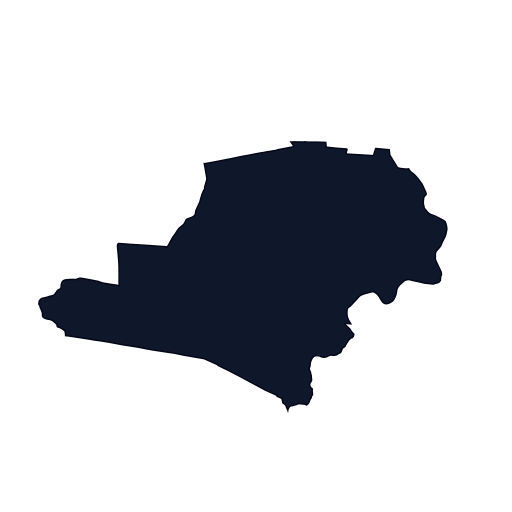 Ghimpeteni, Olt, Romania (Robinson projection), rotated 205°
{"feature_id": "2599482B72624598391885", "entity_name": "Ghimpeteni", "entity_type": "district", "adm_level": 2, "iso_a3": "ROU", "parent_name": "Romania", "parent_adm1": "Olt", "projection": "robinson", "projection_center": [24.795, 44.293], "detail": "fine", "context": "isolated", "style": "filled", "palette": "ink", "viewbox_px": 512, "rotation_deg": 205, "n_neighbors": 0, "source": "geoboundaries", "source_scale": "gbopen_adm2", "svg_char_len": 6126}
<svg xmlns="http://www.w3.org/2000/svg" viewBox="0 0 512 512"><g transform="rotate(205 256 256)"><path d="M341.9,317.9L334.2,306.9L333.2,305.5L333.1,304.9L332.8,304.2L332.2,300.2L331.6,296.6L330.9,295.4L331.1,293.1L331.0,289.2L330.4,285.0L329.7,281.1L329.7,277.0L329.7,272.1L329.3,270.3L328.7,268.6L328.7,267.5L329.3,265.5L330.2,264.3L333.4,261.0L334.3,260.0L334.6,259.0L334.7,255.2L334.9,254.2L335.6,252.5L337.4,248.8L338.0,246.1L338.4,242.8L339.4,237.5L340.1,226.9L362.5,218.3L373.6,213.9L385.8,209.3L386.2,208.6L386.1,207.4L385.9,206.8L385.5,205.9L381.3,198.8L377.4,191.9L375.8,188.8L372.4,181.7L367.5,171.1L370.2,170.6L374.7,169.2L382.9,166.9L383.9,166.7L387.2,166.3L388.9,166.2L390.0,165.8L395.1,164.6L404.5,162.1L406.3,161.4L407.3,160.6L409.0,158.8L409.6,158.4L412.3,157.3L415.9,155.4L418.8,153.7L420.1,152.3L420.5,151.3L420.8,149.9L420.3,147.4L419.6,145.9L419.4,144.9L419.3,144.1L419.4,143.5L420.1,142.8L420.6,142.1L421.0,141.5L421.3,140.8L421.7,138.8L422.1,136.6L422.2,136.0L422.6,135.2L423.0,134.7L423.8,133.9L426.2,132.0L427.4,130.8L429.6,129.0L430.7,128.2L431.5,127.6L432.2,127.0L432.7,126.2L433.4,124.0L433.4,123.6L433.2,122.8L433.0,122.3L432.6,120.9L432.3,120.5L431.8,120.1L431.1,119.7L430.2,118.9L429.9,118.3L429.3,117.7L428.1,116.8L427.0,115.8L425.7,114.4L424.8,113.0L424.5,112.2L424.2,111.5L423.5,110.9L422.5,110.5L420.5,110.4L419.2,110.6L418.8,110.6L416.5,111.3L414.9,111.5L413.3,111.6L411.6,111.2L409.2,110.5L408.1,110.0L407.5,109.6L407.0,109.3L406.7,108.7L406.4,108.3L406.3,108.1L406.0,108.0L405.6,108.0L405.2,108.0L403.9,108.3L401.5,108.2L400.6,108.1L400.1,107.9L397.7,107.5L397.4,107.2L396.9,106.7L395.6,104.7L394.9,103.4L391.6,104.5L387.6,105.7L370.4,110.7L366.9,111.6L360.5,113.6L353.1,115.7L340.2,119.0L327.0,122.8L323.1,123.9L316.0,125.6L309.3,127.4L299.5,130.3L293.0,132.2L291.7,132.6L288.4,133.6L284.4,134.5L278.5,135.9L273.5,137.3L267.2,139.0L261.8,140.5L259.2,141.1L258.0,141.1L244.0,141.3L244.0,140.8L237.8,140.7L235.5,140.7L227.1,140.4L220.2,140.1L213.4,139.7L205.8,139.3L190.3,138.4L178.1,138.6L177.7,137.8L172.5,137.9L172.3,137.7L172.0,137.4L171.7,137.0L171.3,136.6L169.4,134.2L168.6,134.0L168.0,134.0L167.3,133.9L166.0,133.3L165.5,132.9L162.9,130.4L162.2,129.9L162.0,129.7L162.1,130.1L162.2,130.3L162.3,130.6L162.2,131.8L162.1,132.8L162.0,133.5L161.8,134.0L161.5,134.5L160.6,135.3L159.7,135.8L159.4,136.0L158.8,136.8L158.4,137.0L157.8,137.5L156.6,138.5L156.0,139.3L155.4,139.9L154.7,140.3L153.9,140.7L153.1,141.0L151.8,141.4L150.7,141.8L150.3,142.0L149.5,142.3L148.9,142.4L147.8,142.4L147.3,142.3L147.0,142.7L146.5,143.8L146.3,144.4L146.2,145.9L146.4,148.7L146.1,151.1L146.2,151.5L146.4,151.9L146.5,152.6L146.4,153.1L146.2,153.8L146.2,154.2L146.4,154.6L146.7,155.2L147.3,156.1L148.2,157.6L148.4,158.5L148.5,158.9L148.7,159.1L149.2,159.4L150.4,159.7L150.8,159.8L152.1,160.7L152.4,161.1L152.7,161.4L153.2,162.5L153.3,162.8L153.3,163.2L153.3,163.8L153.3,164.2L153.2,164.5L153.1,165.4L153.1,166.1L153.2,166.9L153.4,167.5L153.7,168.0L154.2,168.6L155.1,170.4L155.6,171.2L156.5,172.2L156.8,172.6L157.4,173.5L157.8,173.9L158.3,174.4L158.8,174.7L159.7,175.6L160.0,175.9L160.3,176.5L160.4,176.8L160.4,177.2L160.5,178.4L160.6,179.0L160.8,179.9L161.0,180.3L161.6,182.0L161.7,182.6L161.9,183.4L162.0,184.0L161.9,185.6L162.0,186.6L161.9,187.2L161.4,188.9L161.3,189.4L161.0,189.7L160.3,190.5L159.3,191.1L158.4,191.6L156.3,192.2L155.5,192.3L154.3,192.3L153.6,192.4L151.7,192.9L151.0,193.3L150.4,193.8L149.9,194.2L149.6,194.3L148.8,195.5L148.2,196.1L146.8,197.5L146.3,197.9L145.9,198.0L145.6,198.2L145.1,198.3L143.9,198.7L142.9,199.2L142.6,199.4L141.9,200.0L141.4,200.4L141.2,200.6L140.6,201.7L140.1,202.4L138.9,203.7L138.8,203.9L138.7,204.4L138.5,205.0L138.6,206.9L138.7,208.6L138.5,209.3L138.3,209.8L137.7,210.7L137.7,210.9L137.6,211.1L137.5,211.4L137.3,211.5L137.2,211.7L137.2,212.0L137.2,212.7L137.1,214.1L137.1,214.9L137.0,215.4L136.8,216.5L136.8,216.9L136.7,217.5L136.8,218.0L136.7,218.5L136.6,218.8L136.1,220.1L135.9,220.6L135.5,221.5L135.1,222.1L134.5,222.5L134.3,222.8L134.3,223.0L134.1,223.5L134.0,223.8L133.9,224.3L134.1,226.0L134.5,226.5L134.8,226.7L135.5,226.9L136.0,227.2L136.3,227.3L137.3,227.7L137.8,228.0L138.6,228.5L139.1,228.9L140.4,229.6L141.3,229.9L142.8,230.4L143.6,230.7L144.1,230.8L145.1,231.1L146.1,231.6L147.0,232.0L147.3,232.4L141.5,234.6L141.8,234.8L145.2,237.1L147.8,239.7L149.4,242.5L150.5,245.1L150.9,247.1L150.6,248.4L149.5,250.3L146.6,259.1L145.2,263.6L144.2,265.1L141.8,267.6L138.9,270.0L136.1,272.4L134.6,273.3L132.7,273.3L130.2,272.7L127.3,271.4L125.2,269.9L121.8,267.8L120.2,267.4L118.5,267.5L116.8,268.4L115.2,269.9L113.2,273.0L112.7,275.5L112.7,278.1L112.9,280.3L113.6,283.0L114.3,285.6L114.3,288.0L113.6,290.6L112.7,292.8L111.6,295.4L110.6,297.0L109.3,298.2L107.3,299.4L103.9,300.0L98.3,301.3L91.3,302.8L86.8,304.4L83.5,305.5L81.9,307.0L80.2,308.4L79.0,309.9L78.6,311.8L79.4,314.0L80.0,315.4L79.9,316.9L80.3,318.2L81.4,319.7L83.6,321.6L88.4,325.5L90.8,327.6L92.3,329.2L93.1,331.2L94.0,333.0L94.6,334.5L94.7,336.6L93.5,340.6L92.9,342.8L92.9,345.1L93.1,347.0L93.0,349.2L92.9,353.9L93.2,356.3L94.3,360.8L95.3,362.6L96.4,364.2L97.9,365.9L99.0,367.0L101.0,367.5L109.5,367.9L113.3,367.7L115.2,367.5L117.2,367.7L119.7,368.5L121.2,369.3L122.8,370.0L124.0,370.7L124.7,371.9L126.0,373.4L126.8,374.8L127.7,376.8L128.6,379.7L128.6,381.3L128.1,382.5L127.8,383.7L128.3,384.6L129.5,385.9L136.0,391.4L139.4,393.2L142.2,394.7L146.1,396.4L148.5,397.1L151.0,397.6L153.0,398.5L154.5,399.5L156.5,398.3L161.3,396.6L162.8,396.2L165.1,395.9L168.5,398.2L171.5,400.1L175.8,403.0L177.2,403.9L177.8,404.6L179.1,406.9L180.1,408.6L193.0,404.0L192.5,400.1L191.9,396.6L217.2,386.6L217.5,386.7L217.8,387.1L218.2,389.0L218.4,390.0L218.6,391.1L219.0,391.2L219.3,391.2L228.8,387.6L238.4,384.3L238.9,385.2L239.5,386.2L240.8,388.4L243.2,387.4L249.2,384.8L257.3,381.0L259.0,380.5L260.3,379.9L261.7,379.1L266.0,377.2L269.5,375.6L272.5,374.1L267.6,371.3L281.0,361.6L282.6,360.1L285.7,358.0L287.4,356.8L288.6,356.0L289.8,355.3L292.7,353.1L296.5,350.6L298.8,348.9L305.4,344.1L307.4,342.7L311.8,339.6L319.9,333.5L334.1,323.2L341.2,318.2L341.9,317.9Z" fill="#0f172a" stroke="#020617" stroke-width="1.5"/></g></svg>